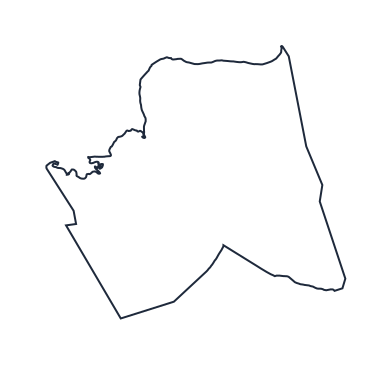 outline of Las Vegas, Santa Bárbara, Honduras, rotated 253°
{"feature_id": "27666195B74712516647149", "entity_name": "Las Vegas", "entity_type": "district", "adm_level": 2, "iso_a3": "HND", "parent_name": "Honduras", "parent_adm1": "Santa Bárbara", "projection": "albers", "projection_center": [-88.037, 14.873], "detail": "fine", "context": "isolated", "style": "outline", "palette": "slate", "viewbox_px": 384, "rotation_deg": 253, "n_neighbors": 0, "source": "geoboundaries", "source_scale": "gbopen_adm2", "svg_char_len": 5904}
<svg xmlns="http://www.w3.org/2000/svg" viewBox="0 0 384 384"><g transform="rotate(253 192 192)"><path d="M261.6,69.8L261.4,64.9L260.2,61.8L259.7,60.6L259.1,60.3L258.5,60.0L257.9,59.9L257.0,59.8L208.7,73.3L195.3,71.8L196.9,61.8L91.9,86.9L92.4,142.6L111.8,182.6L112.6,184.0L113.9,185.8L114.3,186.7L114.7,187.4L115.2,188.0L116.0,189.0L116.6,190.0L118.1,191.8L119.8,193.7L120.6,195.0L121.5,196.1L124.6,199.3L126.3,201.3L127.7,203.0L130.8,206.1L131.3,206.3L131.9,206.5L102.3,232.4L98.7,235.5L93.7,240.0L90.3,243.3L88.8,245.1L87.3,246.6L87.3,248.5L86.8,250.0L86.6,250.9L84.9,254.7L83.8,257.8L83.3,258.8L82.5,259.7L78.0,262.6L75.7,264.0L74.4,265.5L73.0,267.6L72.7,267.9L72.0,268.9L71.4,270.3L70.7,271.7L70.3,272.3L68.4,276.6L67.4,277.8L66.9,278.7L66.2,280.0L64.4,281.8L63.2,283.3L62.9,283.9L62.6,284.6L62.3,285.5L62.0,286.5L61.7,287.3L60.9,288.5L60.6,288.9L60.1,289.3L59.8,289.7L58.8,291.6L58.3,296.3L58.1,296.9L57.9,297.6L57.6,298.2L57.1,298.7L56.7,299.0L55.8,299.4L55.9,307.7L64.3,313.3L145.6,311.4L160.6,318.7L202.2,314.6L293.5,324.2L304.4,321.2L305.1,320.8L305.4,320.2L305.1,319.7L304.1,319.8L303.0,319.6L301.0,318.6L299.9,318.3L299.0,317.6L297.8,316.0L296.9,314.4L295.0,311.5L294.5,309.4L293.8,306.9L293.6,305.3L293.4,301.2L293.4,296.9L293.8,295.3L295.0,292.3L295.7,290.3L296.0,289.0L296.7,287.5L297.8,285.5L299.0,283.4L300.3,281.5L301.4,279.5L301.8,276.7L302.5,274.7L303.5,272.4L304.8,269.7L305.6,267.3L306.8,264.5L308.4,260.4L309.1,259.2L309.3,258.6L309.7,256.7L310.3,254.7L310.5,253.6L310.5,252.0L310.3,250.5L310.2,249.2L310.2,248.1L310.7,246.6L311.2,244.7L311.6,241.9L312.0,239.4L312.2,237.3L312.4,235.7L312.8,234.3L313.5,232.2L313.7,231.7L316.7,227.0L317.0,226.4L317.5,225.3L318.0,224.5L318.8,223.7L319.8,222.7L322.1,221.0L322.4,220.7L322.6,220.4L322.8,219.9L323.5,217.2L323.6,215.9L324.1,213.2L324.5,212.1L324.8,211.8L325.2,211.4L326.2,211.1L326.4,210.3L326.7,209.6L327.2,208.6L327.8,208.0L328.2,207.2L328.1,205.6L327.9,204.3L327.9,203.3L328.1,201.9L328.1,200.5L327.0,196.0L326.7,195.0L326.5,194.3L325.4,190.6L324.9,190.4L324.5,190.1L324.2,189.7L324.0,189.1L323.2,188.1L322.2,187.2L321.5,186.6L320.9,186.1L320.7,185.9L320.2,184.8L317.6,180.4L315.2,176.5L314.6,175.7L314.3,175.5L309.9,173.5L309.1,173.3L307.9,173.5L307.2,173.3L306.6,172.9L305.5,172.2L304.0,171.4L302.5,170.8L301.1,170.4L300.2,170.3L298.7,170.2L297.1,170.0L296.1,169.7L294.5,169.1L293.0,168.8L291.9,168.7L290.2,168.7L287.7,168.2L285.7,168.0L284.7,168.0L284.0,168.1L280.5,168.6L278.3,168.7L276.7,169.1L276.1,169.1L275.3,169.0L274.3,168.7L273.2,168.4L269.8,165.9L269.0,165.4L268.4,165.1L264.9,164.1L264.2,163.9L263.4,163.8L261.3,162.9L260.5,162.9L258.2,163.3L257.9,163.2L257.7,162.9L257.6,162.7L257.6,162.4L257.6,162.2L257.7,161.9L258.4,161.0L258.8,160.7L259.0,160.6L259.4,160.6L259.7,161.9L259.8,162.2L259.9,162.3L260.1,162.4L261.5,162.4L262.3,162.5L263.2,162.3L263.7,162.1L264.4,161.4L265.3,160.8L265.6,160.4L265.7,160.1L265.5,158.5L265.5,158.2L266.0,157.5L266.2,157.4L266.7,157.3L266.9,157.1L267.1,156.8L267.3,156.3L267.5,155.9L269.4,153.6L269.6,153.3L269.6,153.0L269.6,152.8L269.2,152.1L268.7,151.6L268.6,151.3L268.6,150.8L268.7,150.1L268.8,149.4L268.9,149.1L269.4,148.6L269.7,148.1L269.7,147.7L269.7,147.4L269.5,147.1L267.5,144.6L266.9,143.3L266.1,141.8L266.0,141.2L265.9,140.3L266.0,138.8L266.2,137.7L266.1,137.3L265.8,136.7L265.3,135.9L264.1,134.9L263.4,134.1L263.1,133.4L262.8,132.8L262.7,132.4L262.5,132.1L260.6,130.3L259.8,129.5L259.4,129.0L259.0,128.5L258.9,127.7L258.5,127.1L257.9,126.6L256.9,125.6L256.1,125.1L255.6,124.9L255.3,124.8L254.9,124.8L252.7,125.2L251.4,125.3L251.0,125.3L250.7,125.1L250.5,124.9L250.3,124.6L250.3,124.3L250.3,124.0L250.9,121.5L251.2,120.0L251.4,118.3L251.6,117.6L252.6,114.1L253.8,110.6L254.3,109.3L255.1,104.6L255.3,103.9L255.5,103.6L255.7,103.4L255.7,103.1L255.7,102.9L255.1,102.8L254.6,103.1L254.0,103.6L253.6,103.8L253.1,104.0L252.7,104.1L252.3,104.0L252.0,103.9L251.3,103.2L250.6,102.8L250.3,102.8L250.0,102.8L249.7,102.9L249.4,103.2L249.2,103.5L249.0,103.9L248.8,104.6L248.7,106.0L248.8,107.0L248.9,107.3L248.9,109.2L248.7,110.0L248.4,110.7L248.0,111.1L247.6,111.3L247.4,111.3L247.3,110.9L247.1,110.8L246.7,110.7L246.2,110.7L245.7,110.7L245.6,110.9L245.3,112.1L245.2,113.7L244.9,114.6L244.8,114.8L244.6,114.9L244.3,114.8L243.7,114.6L242.7,113.9L241.9,113.2L241.7,112.8L241.5,112.1L241.2,111.3L241.2,111.0L241.3,110.6L241.6,110.4L241.8,110.3L242.1,110.4L242.3,110.7L242.6,111.1L242.9,111.5L243.2,112.2L243.5,112.4L243.9,112.3L244.0,112.2L244.3,111.9L244.8,111.8L245.1,111.6L245.2,111.4L245.2,111.1L244.8,110.6L243.5,109.3L242.9,108.8L242.6,108.4L242.9,108.2L243.1,108.1L243.7,107.7L244.5,107.2L244.7,106.8L244.7,106.6L244.2,106.4L243.8,106.4L243.1,106.5L242.4,106.8L241.4,107.3L239.7,108.4L238.0,109.3L237.5,109.5L237.0,109.5L236.7,109.5L236.6,109.3L236.6,109.0L236.6,108.6L236.8,108.1L237.0,107.8L237.6,107.2L238.5,106.8L239.0,106.4L239.5,105.9L240.0,105.2L240.1,104.9L240.2,104.5L240.4,103.1L240.3,102.6L239.7,101.5L239.2,100.2L239.0,99.6L239.0,99.4L239.4,98.7L239.6,98.1L239.7,97.2L239.7,96.6L239.4,96.3L237.7,95.4L237.2,95.0L236.8,94.4L236.5,93.9L236.3,93.2L236.3,92.8L236.4,92.2L237.0,90.6L237.3,90.0L237.6,89.6L237.9,89.2L238.4,88.7L239.4,88.0L240.9,86.5L241.2,86.4L241.7,86.4L242.0,86.5L242.5,86.8L243.1,86.9L244.6,87.1L245.3,87.1L246.3,86.6L247.2,86.1L247.8,85.6L248.2,85.0L248.5,84.2L248.6,83.5L247.3,82.0L246.8,81.2L246.4,80.5L246.3,79.6L246.1,79.2L245.8,78.8L245.6,78.9L245.5,79.2L245.4,79.8L245.2,79.7L245.0,79.3L244.9,78.8L245.0,77.9L245.1,77.3L246.1,77.6L246.4,77.6L246.9,77.3L247.2,77.2L249.9,76.6L250.7,76.3L251.4,75.7L251.9,75.3L253.3,73.3L254.1,71.1L254.3,70.7L254.8,70.0L255.5,69.4L255.9,68.4L256.6,67.3L257.0,66.9L257.6,66.5L257.8,66.4L258.0,66.4L258.7,66.9L259.2,67.5L259.4,67.7L259.4,68.1L259.4,68.6L259.0,69.4L257.4,71.4L258.0,72.0L259.1,72.7L259.3,72.7L259.5,72.5L260.4,71.0L261.3,70.0L261.4,69.9L261.6,69.8Z" fill="none" stroke="#1e293b" stroke-width="2"/></g></svg>